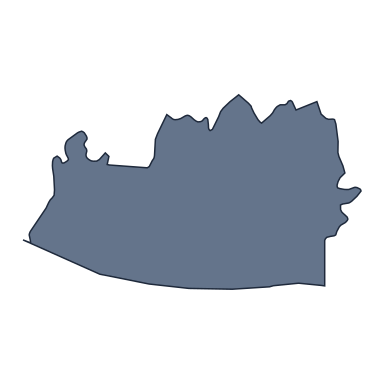 outline of Escuintla
{"feature_id": "GTM-1950", "entity_name": "Escuintla", "entity_type": "Department", "adm_level": 1, "iso_a3": "GTM", "parent_name": "Guatemala", "parent_adm1": "", "projection": "albers", "projection_center": [-91.003, 14.2], "detail": "fine", "context": "isolated", "style": "filled", "palette": "slate", "viewbox_px": 384, "rotation_deg": 0, "n_neighbors": 0, "source": "natural_earth", "source_scale": "10m", "svg_char_len": 2523}
<svg xmlns="http://www.w3.org/2000/svg" viewBox="0 0 384 384"><path d="M324.7,285.9L321.2,285.4L298.6,283.2L273.4,285.7L269.6,286.8L232.3,289.2L188.8,288.4L149.0,284.0L99.8,274.2L23.0,239.9L30.7,242.9L30.3,240.1L29.2,234.9L29.5,233.4L30.3,231.5L46.1,208.1L48.8,202.3L50.4,199.7L52.1,198.0L54.1,195.3L54.5,189.9L53.8,176.4L52.6,168.4L52.4,165.7L52.6,161.6L53.2,159.3L53.7,158.2L57.1,156.1L59.7,158.0L60.8,159.5L61.6,162.1L62.1,162.9L63.0,163.1L64.3,162.8L66.6,161.4L67.7,160.5L68.4,159.5L68.3,158.6L68.0,157.8L66.4,154.8L65.8,153.2L65.2,150.2L65.0,148.1L65.1,146.0L65.8,143.2L66.5,141.6L67.0,140.9L68.1,139.7L77.4,132.9L78.9,132.1L81.6,131.2L82.8,131.7L84.3,132.8L86.4,136.1L87.0,137.8L87.0,139.1L84.6,142.6L84.3,143.4L84.1,144.2L84.1,145.2L84.4,145.9L84.8,146.8L86.4,149.0L86.7,150.1L86.8,151.1L86.1,153.9L86.0,154.9L86.1,155.9L86.4,156.9L87.1,158.0L88.5,159.3L90.1,160.3L91.4,160.9L93.5,161.2L96.7,161.1L99.4,159.5L105.3,152.9L108.9,156.4L107.2,164.5L109.3,165.0L147.3,167.8L149.3,166.5L152.2,160.8L153.7,158.6L154.2,157.3L154.5,155.4L155.4,139.3L157.6,133.6L166.8,114.6L171.3,117.9L172.2,118.7L173.7,119.5L175.2,119.7L178.1,119.4L179.6,118.9L180.8,118.5L185.1,116.0L185.9,115.7L186.8,115.4L187.8,115.3L189.3,115.8L191.0,116.9L194.2,119.8L196.1,121.1L197.9,121.9L200.3,121.7L201.5,121.3L202.4,120.7L204.0,118.8L205.3,117.8L206.1,117.6L207.0,118.1L207.8,119.5L208.4,124.9L208.5,127.6L208.7,128.7L209.2,129.7L210.1,130.6L212.4,129.4L218.6,116.8L220.5,111.9L221.0,111.1L223.2,108.2L230.0,101.7L238.7,94.8L248.3,103.1L250.9,105.9L251.3,106.7L251.5,107.7L254.0,113.0L258.0,119.7L260.1,122.1L261.6,123.1L270.2,115.7L272.4,113.2L272.9,112.5L274.5,109.6L276.1,107.6L276.8,106.9L277.4,106.4L280.2,104.8L285.0,104.8L286.9,103.7L288.5,101.2L290.6,100.5L291.9,101.4L292.4,102.1L296.0,110.0L316.9,101.6L321.1,114.1L325.9,118.4L328.5,119.3L332.8,119.1L333.7,119.3L334.5,119.6L335.9,124.1L338.1,141.4L337.9,152.5L338.9,156.5L342.9,165.8L344.9,173.0L340.1,177.7L338.1,181.5L337.1,185.1L337.2,186.7L337.6,187.8L338.4,188.1L339.8,188.6L344.2,189.4L346.3,189.5L348.4,189.5L349.3,189.3L354.4,187.4L355.6,187.3L357.1,187.6L360.0,189.0L360.8,190.1L361.0,191.1L356.9,196.3L351.6,201.3L349.6,202.6L348.7,203.0L342.7,204.0L340.5,205.0L340.6,209.7L341.7,211.9L342.3,212.6L347.1,217.0L347.7,218.4L347.8,219.4L347.4,220.2L346.4,221.5L345.2,222.6L340.9,225.1L339.3,226.8L336.8,231.5L335.8,234.8L335.1,235.3L334.1,235.8L330.4,236.4L326.8,237.3L325.4,238.8L324.7,240.4L324.7,282.2L324.7,285.9Z" fill="#64748b" stroke="#1e293b" stroke-width="1.5"/></svg>